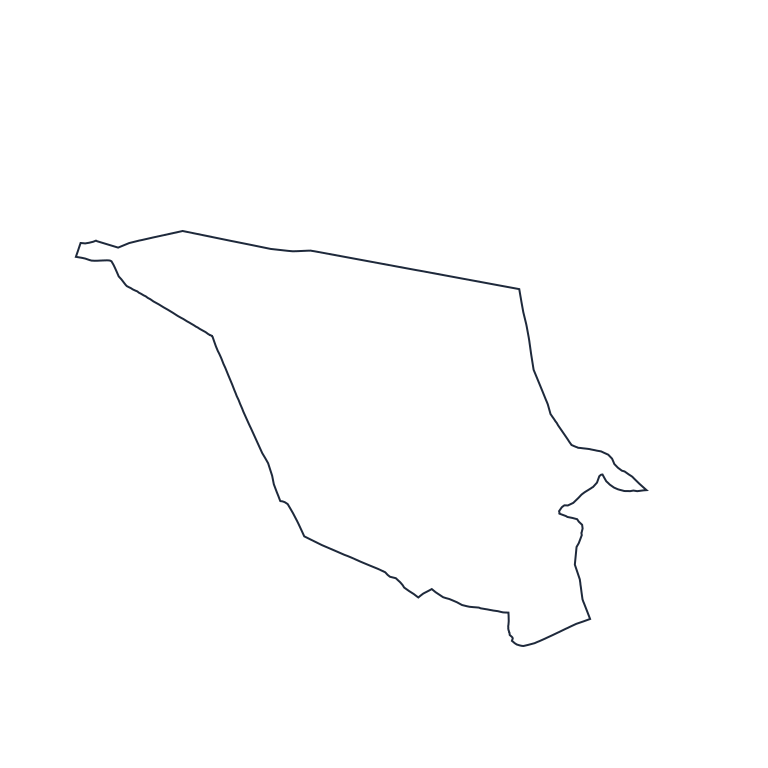 Hulu Sungai Utara, Kalimantan Selatan, Indonesia (Robinson projection), rotated 46°
{"feature_id": "22746128B21492383155838", "entity_name": "Hulu Sungai Utara", "entity_type": "district", "adm_level": 2, "iso_a3": "IDN", "parent_name": "Indonesia", "parent_adm1": "Kalimantan Selatan", "projection": "robinson", "projection_center": [115.192, -2.43], "detail": "fine", "context": "isolated", "style": "outline", "palette": "slate", "viewbox_px": 768, "rotation_deg": 46, "n_neighbors": 0, "source": "geoboundaries", "source_scale": "gbopen_adm2", "svg_char_len": 5394}
<svg xmlns="http://www.w3.org/2000/svg" viewBox="0 0 768 768"><g transform="rotate(46 384 384)"><path d="M642.7,268.9L633.2,269.6L626.0,269.8L625.5,269.8L623.3,269.8L622.2,270.0L619.3,270.7L614.0,271.7L611.6,273.1L611.0,273.2L606.7,273.9L606.1,273.9L605.5,273.9L604.8,273.9L601.8,273.9L601.6,273.9L601.0,273.7L600.5,273.5L599.9,273.2L599.5,273.1L598.0,272.5L596.1,271.8L592.9,271.8L590.6,271.8L589.1,272.4L586.1,273.6L583.4,274.6L582.1,275.5L579.8,277.2L578.1,278.3L577.1,279.0L574.8,280.6L574.7,280.7L574.1,281.0L572.4,282.3L570.8,283.6L569.6,284.6L568.4,285.6L566.9,286.8L566.4,287.2L565.6,287.9L564.7,288.7L564.0,288.9L562.6,289.6L560.3,290.6L558.5,291.3L558.4,291.4L558.1,291.5L557.7,291.4L554.4,290.9L551.4,290.3L545.5,289.3L534.7,287.5L533.9,287.3L532.1,286.8L530.2,286.6L529.9,286.6L529.6,286.5L529.4,286.5L529.2,286.4L525.7,285.8L525.2,285.8L525.0,285.7L521.3,285.1L519.1,283.9L516.3,282.4L512.4,280.3L509.2,279.0L508.8,278.9L498.9,274.9L495.9,273.7L477.7,266.5L464.7,257.4L453.7,249.4L451.1,247.6L442.2,241.7L441.9,241.5L439.7,240.1L432.0,235.6L429.1,233.9L420.7,228.3L416.9,225.7L415.7,224.9L409.7,220.8L392.2,233.3L379.3,242.5L361.8,255.0L327.3,279.6L325.0,281.3L240.1,341.9L238.0,343.5L237.2,344.0L236.3,345.0L235.8,345.5L228.3,354.0L225.2,357.4L221.5,360.6L208.1,371.7L190.3,383.9L181.2,390.2L177.0,393.1L175.3,394.3L134.0,422.6L133.5,423.5L117.9,448.8L116.9,450.5L116.7,450.8L112.1,458.4L110.6,460.7L110.5,461.0L110.4,461.1L105.6,469.4L103.5,474.7L101.2,480.5L82.0,491.2L80.8,491.6L79.9,493.8L79.7,494.3L77.5,498.1L75.7,500.7L75.4,501.2L72.0,504.1L71.8,504.3L72.6,505.8L73.1,506.9L73.3,507.1L73.6,507.8L75.7,511.8L78.5,517.3L83.2,513.8L83.4,513.7L83.9,513.3L84.1,513.2L86.2,511.8L90.9,509.4L90.7,509.4L91.9,508.8L94.5,506.4L95.5,505.3L95.9,504.9L98.7,501.7L100.4,499.8L102.3,497.7L103.0,497.0L103.6,496.4L104.3,495.8L104.5,495.7L104.8,495.4L106.4,494.8L110.4,495.8L113.7,496.9L117.0,498.1L120.5,499.4L122.3,500.1L126.3,500.2L131.4,500.8L133.4,501.0L135.0,501.0L135.7,500.7L136.5,500.5L139.2,499.5L141.4,499.0L143.8,498.1L146.1,497.1L148.0,496.9L150.3,496.1L153.3,495.3L155.4,494.5L158.0,494.1L160.7,493.2L164.4,492.5L170.2,490.7L175.7,489.3L180.4,487.9L186.5,486.3L190.0,485.5L191.7,485.1L195.4,484.0L197.8,483.2L202.3,482.1L204.8,481.3L206.0,481.0L209.5,480.0L212.2,479.4L213.8,478.8L216.2,478.3L219.2,477.4L222.7,476.3L225.7,475.8L226.3,475.7L227.1,475.4L227.9,475.1L228.0,475.2L228.3,475.0L229.4,474.5L229.7,474.4L229.9,474.3L230.2,474.6L230.9,474.5L235.4,476.6L240.0,478.7L244.8,480.6L247.5,481.4L251.2,482.7L252.8,483.3L258.0,485.5L262.3,487.0L269.5,489.9L279.0,493.6L284.7,496.0L288.0,497.3L290.3,498.3L292.4,499.0L294.5,499.7L298.3,501.3L303.4,503.2L304.3,503.6L306.2,504.4L318.7,508.9L322.2,510.1L322.6,510.2L327.7,512.0L349.1,519.6L355.1,521.0L360.5,522.4L372.3,528.2L379.6,532.9L387.9,536.5L388.0,536.5L390.4,537.5L390.7,537.6L395.8,539.8L396.2,539.9L396.6,539.6L397.7,538.7L397.9,538.6L398.0,538.5L400.0,537.5L402.1,537.0L403.5,536.7L408.5,537.9L413.7,539.2L422.2,541.7L425.9,542.9L433.1,545.4L437.9,547.1L438.2,547.2L440.7,546.3L445.8,544.5L456.7,540.6L471.5,534.4L479.5,531.1L482.2,529.8L482.4,529.7L486.3,528.0L495.5,524.3L498.3,523.1L505.0,520.2L512.7,516.8L520.3,513.9L523.8,514.0L526.8,513.6L528.4,512.6L530.0,511.6L531.9,510.4L536.1,510.2L537.0,510.1L538.5,510.1L541.7,510.3L544.4,510.9L550.3,509.8L555.7,508.5L559.7,507.9L561.4,507.6L561.6,505.0L562.0,501.5L562.4,500.0L563.1,497.7L563.7,495.7L564.7,492.1L569.7,491.5L575.6,490.2L578.4,489.6L581.0,488.2L584.0,486.4L587.0,485.1L590.8,483.5L591.5,483.2L597.2,481.4L601.5,478.7L603.7,477.2L606.4,474.9L610.7,471.1L612.5,470.3L614.5,468.8L616.4,467.4L618.0,466.2L620.3,464.6L621.8,463.5L622.7,462.9L626.5,459.9L629.2,458.2L631.0,457.0L632.4,455.7L634.9,453.3L637.1,455.2L641.0,458.8L641.5,459.3L643.7,461.8L644.4,462.8L645.8,464.0L646.1,464.4L647.4,465.3L648.7,465.9L649.1,466.1L649.5,466.5L650.0,466.5L651.9,467.9L653.2,467.8L654.2,467.7L655.6,467.7L656.3,468.1L656.5,468.2L657.0,469.2L657.6,470.4L659.3,470.2L660.0,470.1L660.7,470.1L661.3,470.0L663.4,469.5L663.5,469.5L664.6,468.9L665.0,468.7L666.4,467.9L667.0,467.5L667.6,467.1L668.3,466.6L669.4,465.6L671.6,461.9L674.0,457.6L675.0,455.8L675.1,455.6L676.0,453.1L676.9,450.9L679.3,444.3L679.3,444.2L681.7,437.3L683.6,431.6L684.0,430.5L684.8,428.0L686.4,423.1L687.0,421.5L687.1,421.2L687.6,419.6L688.1,418.1L690.1,412.3L693.2,405.7L696.2,399.0L695.3,398.6L688.9,395.9L680.3,392.3L679.2,391.9L676.8,390.8L671.3,386.8L667.0,383.6L664.6,381.9L663.5,381.0L661.8,379.8L660.6,378.9L646.5,372.2L635.0,358.7L633.8,354.5L632.3,351.3L630.1,346.7L628.3,345.5L628.3,345.3L625.9,341.5L622.9,339.3L618.3,339.5L615.4,339.0L611.1,341.6L607.1,344.4L605.3,344.9L599.1,347.9L598.9,347.8L598.7,347.4L598.5,347.2L598.0,346.9L597.5,346.6L597.1,346.4L596.2,341.9L596.2,341.4L596.4,339.6L596.6,338.5L599.1,336.1L601.0,330.4L601.0,328.8L601.0,326.1L601.0,323.5L601.0,323.4L600.9,321.2L600.8,319.8L600.8,318.4L600.9,317.7L601.0,316.7L601.1,316.1L601.2,315.1L601.7,312.7L602.0,311.4L602.9,307.1L603.0,306.2L603.2,305.6L603.3,305.1L603.1,302.2L602.9,299.3L599.9,293.2L600.0,291.1L600.5,290.2L600.9,289.7L602.0,290.0L603.8,290.5L604.5,290.7L604.9,290.8L608.4,291.7L609.6,291.6L611.6,291.5L613.1,291.5L618.3,290.5L622.2,288.9L624.1,287.8L626.2,286.5L627.9,285.5L632.2,281.2L632.3,281.0L633.9,278.6L637.0,276.3L640.7,271.3L642.7,268.9Z" fill="none" stroke="#1e293b" stroke-width="2"/></g></svg>